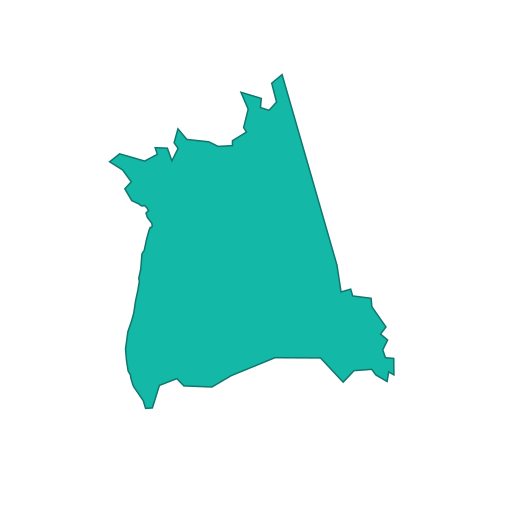 outline of Crittenden, Kentucky, United States of America, rotated 289°
{"feature_id": "52423323B72365040154578", "entity_name": "Crittenden", "entity_type": "district", "adm_level": 2, "iso_a3": "USA", "parent_name": "United States of America", "parent_adm1": "Kentucky", "projection": "natural_earth1", "projection_center": [-88.105, 37.337], "detail": "fine", "context": "isolated", "style": "filled", "palette": "teal", "viewbox_px": 512, "rotation_deg": 289, "n_neighbors": 0, "source": "geoboundaries", "source_scale": "gbopen_adm2", "svg_char_len": 1302}
<svg xmlns="http://www.w3.org/2000/svg" viewBox="0 0 512 512"><g transform="rotate(289 256 256)"><path d="M76.0,201.3L78.6,207.5L102.2,206.8L114.3,221.1L109.7,230.1L117.8,257.0L134.8,271.5L166.0,307.0L180.6,350.2L165.1,379.5L179.5,386.0L186.5,402.3L182.5,408.2L180.0,420.8L189.6,419.2L188.5,425.1L204.0,419.6L202.0,411.5L208.5,406.4L219.4,407.8L222.7,399.2L231.2,402.0L245.7,382.1L253.5,378.6L249.7,360.4L255.5,356.3L249.7,348.1L273.6,335.6L436.0,221.6L424.5,214.6L408.2,225.3L398.0,220.9L397.8,211.9L406.7,209.7L405.9,188.5L392.3,200.8L373.4,202.5L370.1,206.6L357.3,196.2L352.7,197.8L347.3,184.5L348.6,174.1L343.7,152.7L350.8,140.8L336.4,141.7L332.4,147.3L318.6,145.5L329.1,137.1L325.6,125.4L320.0,129.6L309.5,119.8L308.2,93.8L297.4,86.9L293.9,101.9L285.5,113.9L276.8,110.1L267.9,120.5L267.1,128.0L266.1,131.2L266.8,133.3L267.3,133.6L267.3,134.6L266.0,137.2L263.8,139.6L263.3,139.3L260.8,138.0L257.1,140.7L253.1,146.7L250.9,148.0L249.1,148.0L248.6,147.5L248.6,146.7L245.6,146.5L236.8,147.0L224.8,148.5L221.9,147.6L220.2,147.6L206.1,151.3L196.6,152.4L194.3,153.9L185.7,155.4L173.9,156.8L162.2,159.0L154.0,159.5L142.7,159.5L125.6,162.9L115.2,167.5L105.7,172.5L102.5,176.1L100.1,177.2L94.0,181.6L92.3,183.3L82.5,196.5L76.0,201.2L76.0,201.3Z" fill="#14b8a6" stroke="#0f766e" stroke-width="1.5"/></g></svg>